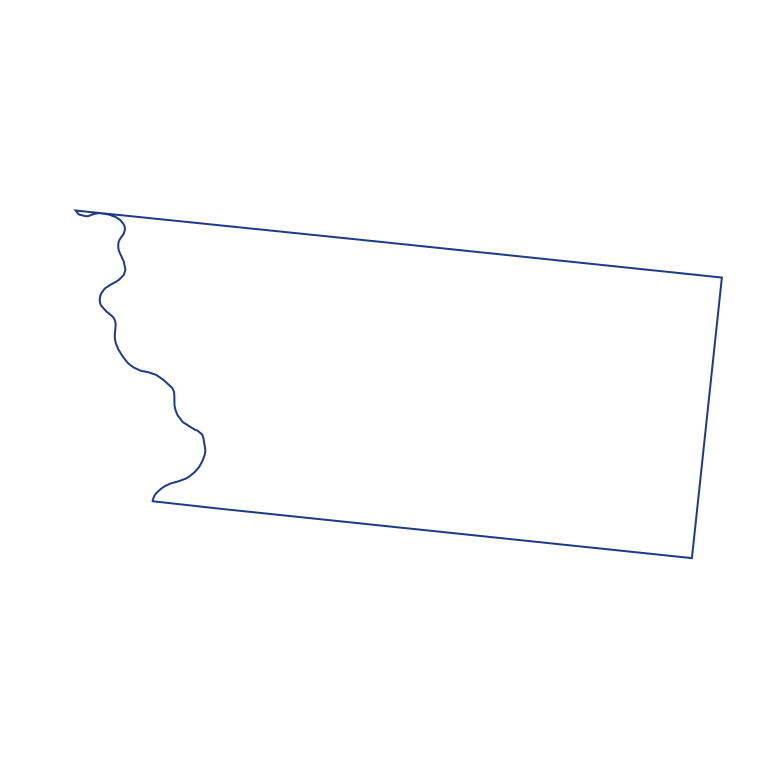 Otoe, Nebraska, United States of America (Natural Earth projection), rotated 186°
{"feature_id": "52423323B62260042074042", "entity_name": "Otoe", "entity_type": "district", "adm_level": 2, "iso_a3": "USA", "parent_name": "United States of America", "parent_adm1": "Nebraska", "projection": "natural_earth1", "projection_center": [-95.833, 40.654], "detail": "fine", "context": "isolated", "style": "outline", "palette": "blue", "viewbox_px": 768, "rotation_deg": 186, "n_neighbors": 0, "source": "geoboundaries", "source_scale": "gbopen_adm2", "svg_char_len": 1147}
<svg xmlns="http://www.w3.org/2000/svg" viewBox="0 0 768 768"><g transform="rotate(186 384 384)"><path d="M401.1,525.0L708.9,524.3L705.2,520.7L698.2,519.7L695.8,520.0L690.7,522.6L685.4,524.2L675.6,523.8L668.3,522.0L663.3,519.4L659.8,515.9L658.3,513.2L657.8,510.4L658.5,506.4L661.7,500.6L662.7,497.8L662.9,495.1L662.5,491.8L661.5,488.5L655.6,478.6L653.1,470.5L654.1,465.5L658.4,460.0L660.9,457.9L666.7,453.9L671.7,449.7L674.4,445.1L675.4,442.0L675.6,438.3L674.7,434.5L673.3,432.1L667.5,427.0L662.0,423.4L659.9,421.6L658.1,418.9L657.1,415.5L656.8,403.8L656.0,399.3L654.7,396.0L651.8,390.6L646.9,384.3L642.9,380.0L640.4,377.7L635.2,374.5L627.6,371.8L619.1,371.0L611.5,369.2L604.7,365.6L603.6,364.9L594.4,358.1L592.7,355.6L591.6,352.6L590.0,340.1L588.4,335.8L586.0,331.3L580.1,325.1L570.6,320.3L566.4,318.5L564.9,318.3L559.6,314.8L557.8,311.0L554.7,299.4L554.9,294.6L556.6,288.3L559.2,282.1L563.2,276.4L568.1,271.5L571.0,269.3L578.1,265.8L585.8,262.8L591.1,259.6L594.4,256.9L597.8,253.2L599.5,251.1L600.9,248.2L601.9,244.0L601.8,243.2L535.0,242.8L59.6,243.0L59.5,274.4L59.1,525.2L401.1,525.0Z" fill="none" stroke="#1e3a8a" stroke-width="2"/></g></svg>